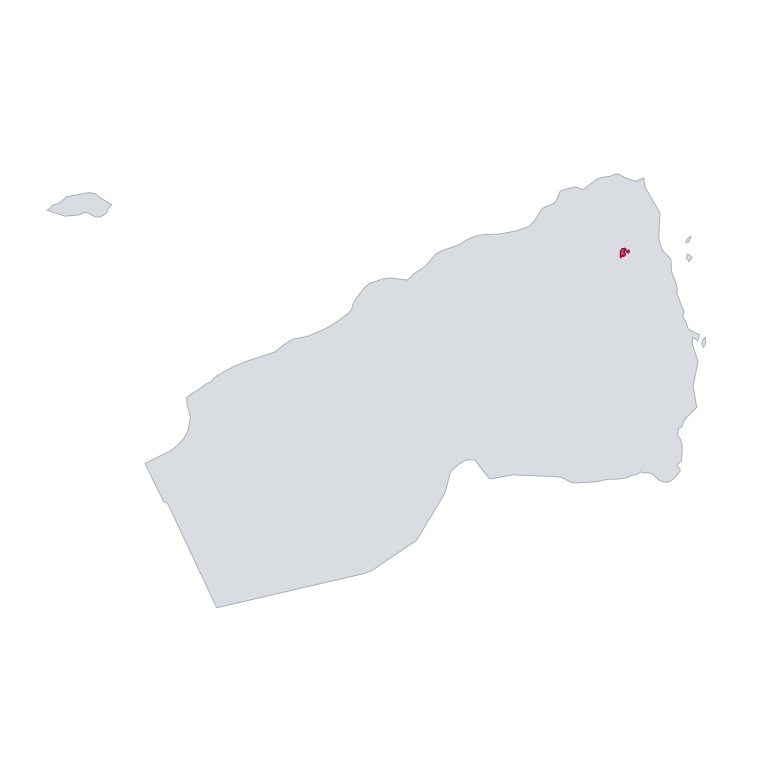 Mudhaykhirah, Ibb, Yemen (highlighted), rotated 176°
{"feature_id": "15242507B26133929095382", "entity_name": "Mudhaykhirah", "entity_type": "district", "adm_level": 2, "iso_a3": "YEM", "parent_name": "Yemen", "parent_adm1": "Ibb", "projection": "natural_earth1", "projection_center": [43.933, 13.859], "detail": "fine", "context": "in_parent", "style": "filled", "palette": "rose", "viewbox_px": 768, "rotation_deg": 176, "n_neighbors": 0, "source": "geoboundaries", "source_scale": "gbopen_adm2", "svg_char_len": 4603}
<svg xmlns="http://www.w3.org/2000/svg" viewBox="0 0 768 768"><g transform="rotate(176 384 384)"><path d="M627.9,321.4L600.9,332.6L593.8,337.6L587.3,343.8L582.5,351.6L579.3,365.2L582.0,377.6L581.8,384.3L574.8,388.7L568.3,391.9L561.1,396.7L556.7,397.9L553.1,401.8L548.9,404.5L533.8,411.5L517.2,416.9L490.9,423.4L480.8,430.4L471.6,435.2L457.5,436.7L438.2,443.4L427.5,448.7L414.2,457.4L411.3,460.2L409.0,466.6L404.9,472.2L396.9,481.3L390.9,485.9L386.8,486.2L379.0,488.7L369.8,489.3L354.2,486.1L350.2,488.3L346.9,491.8L335.0,498.1L322.8,510.5L313.9,513.8L299.4,517.8L289.3,522.9L282.6,525.0L273.8,526.1L257.6,525.6L242.3,527.4L228.1,531.0L221.4,537.6L213.9,548.2L201.4,552.5L198.5,556.3L194.7,564.1L186.6,566.1L179.3,567.4L171.9,564.0L157.8,573.3L152.5,574.9L144.4,575.3L138.7,577.2L134.6,576.7L129.5,573.0L118.6,568.6L110.6,571.5L110.0,562.6L96.8,535.5L99.6,511.9L99.6,508.6L97.0,498.0L89.1,488.4L89.4,476.2L86.7,467.5L84.7,458.5L85.3,456.1L85.5,454.0L81.5,440.2L80.2,437.4L79.7,434.5L81.0,432.2L80.9,429.7L78.8,425.4L76.6,417.4L65.9,411.0L68.1,405.1L70.2,407.2L73.0,409.0L73.5,405.1L73.6,402.2L69.2,384.3L75.8,360.4L73.7,338.9L83.7,330.2L86.3,327.6L87.8,325.3L90.1,320.4L93.4,318.8L94.5,313.6L94.4,311.0L92.4,308.8L90.8,302.7L91.3,295.1L91.9,291.9L92.9,286.1L96.5,283.9L97.3,282.2L94.6,278.5L94.8,276.3L100.8,270.1L103.2,268.3L107.1,266.3L110.1,266.4L113.6,267.5L116.7,269.2L119.7,272.3L122.9,275.9L127.8,277.3L131.2,276.9L133.9,278.5L136.2,277.6L138.8,275.8L143.0,275.9L146.8,273.8L157.5,272.8L167.8,273.4L178.6,271.7L189.3,271.8L200.1,272.0L202.6,272.2L204.9,273.3L214.1,278.8L221.0,279.9L235.0,281.4L249.8,283.0L262.7,284.4L273.7,283.1L282.7,282.0L285.2,282.2L287.9,285.6L293.4,294.1L298.6,302.0L307.7,302.4L313.5,299.5L319.8,295.2L323.7,292.0L328.1,279.0L331.0,270.7L337.6,261.2L343.2,253.4L350.5,242.9L354.6,237.1L362.6,225.7L370.3,221.3L385.1,212.7L399.7,204.3L409.1,198.8L417.2,196.3L430.8,194.1L446.7,191.6L462.6,189.0L479.6,186.4L498.5,183.3L511.4,181.3L528.0,178.6L541.7,176.4L553.9,174.5L566.5,172.5L568.9,178.8L571.4,185.2L573.9,191.5L576.3,197.8L578.8,204.2L581.2,210.5L583.7,216.8L586.1,223.2L588.6,229.5L591.0,235.8L593.5,242.2L596.0,248.5L598.4,254.8L600.9,261.2L603.3,267.5L605.8,273.8L608.2,280.0L612.1,282.1L614.4,287.9L617.8,296.3L621.2,304.6L624.5,313.0L627.9,321.4ZM667.4,575.4L670.7,576.1L675.8,574.0L690.3,573.7L708.0,580.7L704.7,582.6L702.7,585.1L695.0,587.4L687.4,592.9L665.2,595.5L658.6,594.0L653.2,588.8L643.2,581.9L647.1,577.6L647.9,575.6L649.4,573.7L655.0,570.4L660.6,570.9L667.4,575.4ZM72.8,490.9L72.1,492.3L71.1,492.0L67.8,488.6L71.4,484.8L73.4,488.3L72.8,490.9ZM62.3,406.6L60.6,408.0L60.0,405.5L61.2,400.0L62.9,398.4L64.1,402.5L63.4,404.7L62.3,406.6ZM71.1,507.8L67.5,509.8L69.9,504.7L72.4,503.7L73.1,503.9L71.1,507.8Z" fill="#d9dde1" stroke="#a8b0b8" stroke-width="1"/><path d="M134.4,497.4L134.5,497.5L134.8,497.9L134.8,498.0L134.9,498.3L135.0,498.3L135.0,498.5L135.0,498.8L135.0,499.0L135.0,499.3L135.0,499.6L134.9,499.8L134.9,500.0L134.7,500.3L134.6,500.5L134.4,500.6L134.2,500.5L133.9,500.4L133.7,500.3L133.4,500.3L133.4,500.5L133.5,500.8L133.4,501.0L133.4,501.6L133.5,501.7L133.5,501.8L133.6,502.0L133.8,502.1L134.0,502.0L134.3,502.1L134.5,502.2L134.8,502.2L135.0,502.2L135.0,502.3L135.2,502.2L135.3,502.2L135.5,502.2L135.8,502.1L136.3,502.1L136.5,502.2L136.6,502.4L136.9,502.4L137.1,502.2L137.4,501.8L137.5,501.7L138.0,501.1L138.1,500.9L138.2,500.7L138.3,500.5L138.4,500.4L138.5,500.3L138.7,500.0L138.7,499.8L138.7,499.6L138.7,499.3L138.8,499.2L138.9,498.9L139.0,498.8L139.0,498.7L139.0,498.3L139.1,498.2L139.1,497.8L139.1,497.7L139.1,497.2L139.0,496.9L139.0,496.7L139.1,496.4L139.1,495.9L139.2,495.5L139.2,495.2L139.2,494.9L139.3,494.7L139.4,494.4L138.9,494.1L138.7,493.7L138.6,493.8L138.6,494.0L138.6,495.0L138.2,494.9L137.7,495.0L137.4,495.3L137.2,495.5L137.0,495.4L136.9,495.4L136.8,495.0L136.8,494.9L136.8,494.7L136.7,494.7L136.5,494.8L136.3,494.9L136.1,495.0L136.1,495.3L135.9,495.4L135.8,495.1L135.7,495.1L135.3,495.1L135.2,495.2L135.0,495.3L134.8,495.5L134.7,495.5L134.4,495.8L134.5,496.0L134.5,496.3L134.6,496.6L134.6,496.8L134.4,497.2L134.4,497.3L134.4,497.4ZM131.1,497.8L130.9,498.0L130.8,498.5L130.8,498.8L130.7,499.0L130.4,499.1L130.2,499.1L130.1,499.3L130.2,499.5L130.3,499.8L130.4,500.0L130.5,500.1L130.7,500.4L130.7,500.5L130.8,500.5L131.0,500.3L131.1,500.2L131.3,500.0L131.4,499.9L131.5,499.8L131.5,499.7L131.8,499.5L131.8,499.4L132.0,499.3L132.1,499.2L132.3,499.1L132.5,498.9L132.4,498.8L132.4,498.6L132.4,498.4L132.4,498.5L132.2,498.6L132.2,498.4L131.9,498.3L131.7,498.2L131.1,497.8Z" fill="#f43f5e" stroke="#9f1239" stroke-width="1.5"/></g></svg>